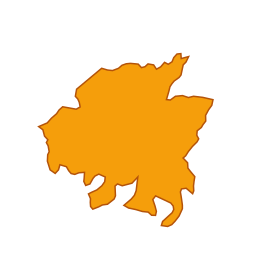 the district of Bela Vista da Caroba, Paraná, Brazil, rotated 111°
{"feature_id": "56859067B82411919014006", "entity_name": "Bela Vista da Caroba", "entity_type": "district", "adm_level": 2, "iso_a3": "BRA", "parent_name": "Brazil", "parent_adm1": "Paraná", "projection": "orthographic", "projection_center": [-53.625, -25.885], "detail": "fine", "context": "isolated", "style": "filled", "palette": "amber", "viewbox_px": 256, "rotation_deg": 111, "n_neighbors": 0, "source": "geoboundaries", "source_scale": "gbopen_adm2", "svg_char_len": 1872}
<svg xmlns="http://www.w3.org/2000/svg" viewBox="0 0 256 256"><g transform="rotate(111 128 128)"><path d="M166.2,44.1L163.1,44.1L158.6,46.1L154.3,47.2L149.5,48.2L146.2,54.1L144.0,57.7L139.1,59.9L136.3,65.8L133.3,64.2L128.3,63.2L122.1,61.2L116.3,58.6L112.8,58.1L110.1,61.2L105.8,62.4L101.2,59.7L98.0,59.2L93.7,57.9L88.4,60.1L82.1,59.3L76.8,57.9L71.1,58.8L72.6,69.1L74.9,78.2L77.9,82.5L78.2,88.7L81.4,95.1L86.7,98.5L87.7,102.3L79.2,103.0L74.4,103.6L70.7,102.8L67.5,101.7L62.5,98.4L59.5,97.5L52.6,98.6L49.3,99.1L45.7,97.5L39.6,97.0L44.1,103.2L39.6,105.3L41.4,108.8L45.9,110.5L50.4,110.6L54.1,113.3L53.6,117.4L59.2,119.4L62.9,122.5L59.9,126.7L61.0,132.3L64.7,134.1L66.8,137.1L64.7,141.4L66.8,148.9L68.7,152.7L71.6,156.1L75.7,158.3L79.9,163.0L81.2,167.8L81.7,174.0L110.2,189.9L117.3,188.5L118.9,185.3L121.5,182.7L125.5,180.2L129.0,183.1L131.6,196.6L135.9,198.8L140.3,199.8L146.3,203.0L152.2,205.2L158.7,211.9L160.2,206.8L165.5,203.0L167.7,198.6L170.9,199.0L173.2,196.2L178.4,193.1L181.7,193.4L187.8,191.4L195.0,185.7L196.5,179.7L192.0,177.9L186.7,178.4L186.2,171.6L189.1,168.1L190.9,164.8L190.4,161.1L187.4,157.8L185.0,152.7L190.7,150.9L193.7,150.1L196.8,146.9L193.9,143.5L187.6,142.6L184.7,141.6L181.5,138.7L181.9,131.7L186.5,130.5L191.3,131.7L197.0,134.9L201.2,139.1L203.7,141.3L207.4,137.7L211.1,136.5L214.7,134.8L216.4,131.8L212.2,127.2L209.0,124.3L206.5,119.8L199.3,115.5L195.8,115.4L186.9,119.3L184.0,117.8L184.0,112.7L178.1,104.5L170.2,101.3L183.6,97.9L188.6,97.9L193.2,99.5L201.7,104.1L202.5,98.8L201.3,91.2L200.8,84.7L199.3,79.0L201.0,74.7L199.7,71.0L195.7,71.6L191.2,74.8L185.9,79.2L181.5,77.9L182.1,69.0L182.7,61.2L184.6,57.9L187.7,56.1L191.2,56.4L202.8,62.2L207.1,61.9L205.7,55.7L202.5,52.5L198.2,50.7L191.9,48.8L183.9,48.3L180.5,49.6L176.5,51.8L172.6,54.0L168.9,56.2L165.7,56.2L163.4,52.1L166.2,44.1Z" fill="#f59e0b" stroke="#b45309" stroke-width="1.5"/></g></svg>